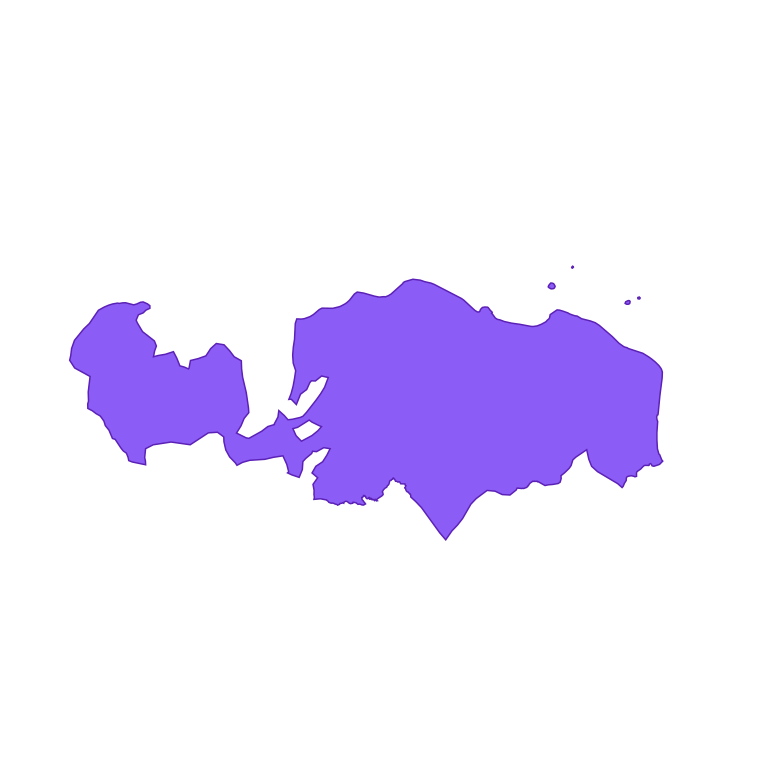 outline of Nias, Sumatera Utara, Indonesia, rotated 327°
{"feature_id": "22746128B114560941686", "entity_name": "Nias", "entity_type": "district", "adm_level": 2, "iso_a3": "IDN", "parent_name": "Indonesia", "parent_adm1": "Sumatera Utara", "projection": "mercator", "projection_center": [97.729, 1.084], "detail": "fine", "context": "isolated", "style": "filled", "palette": "violet", "viewbox_px": 768, "rotation_deg": 327, "n_neighbors": 0, "source": "geoboundaries", "source_scale": "gbopen_adm2", "svg_char_len": 6176}
<svg xmlns="http://www.w3.org/2000/svg" viewBox="0 0 768 768"><g transform="rotate(327 384 384)"><path d="M162.1,174.3L148.2,178.8L141.3,184.1L136.8,189.5L133.3,192.9L133.3,202.1L141.6,217.6L131.6,229.6L126.8,237.5L124.7,239.3L122.3,243.2L124.8,247.6L126.4,252.1L128.5,256.0L128.7,257.9L128.9,262.6L127.6,267.1L128.2,272.9L126.6,281.8L128.4,284.0L128.5,294.9L128.9,298.2L130.3,301.7L129.4,306.2L128.2,309.2L130.3,312.2L140.1,321.9L142.0,318.6L143.2,315.4L148.8,308.4L157.4,309.3L173.8,316.7L188.4,329.4L210.1,329.3L218.1,333.8L220.8,341.1L218.3,345.3L215.4,353.1L214.8,361.1L216.4,369.2L216.4,372.1L222.8,372.7L229.9,374.9L243.1,382.3L251.2,385.2L260.1,389.2L258.7,398.5L256.2,405.8L254.7,406.0L257.1,409.9L262.0,416.1L268.9,411.3L273.7,404.9L277.8,403.8L285.5,402.9L287.4,401.5L290.6,404.0L298.8,404.6L303.6,408.9L297.3,412.6L290.2,415.8L282.0,415.9L275.2,419.4L277.3,426.5L269.8,429.5L267.4,435.2L265.1,438.5L263.9,441.1L262.4,442.6L268.1,445.6L272.7,450.0L272.6,450.4L273.2,451.7L273.3,453.2L274.8,455.2L275.8,455.7L277.0,456.9L277.2,457.5L279.0,459.6L279.1,460.3L281.2,460.7L282.0,460.2L283.8,461.1L284.6,461.0L285.3,462.1L286.2,461.3L287.8,461.4L289.1,462.4L289.9,465.0L290.7,466.1L292.9,467.0L293.4,466.3L294.2,466.7L295.9,468.5L296.6,470.7L298.3,471.6L299.8,473.6L301.0,474.4L303.2,474.5L303.1,473.6L303.2,472.9L302.9,471.7L303.0,470.5L302.6,469.1L303.5,467.1L304.3,467.5L304.8,467.1L305.8,467.0L306.1,466.4L307.0,467.1L306.8,467.8L307.3,468.4L306.9,469.6L307.2,470.8L307.9,471.3L308.5,471.1L309.1,471.4L309.4,471.0L309.9,471.2L310.0,471.9L309.1,472.2L309.2,472.8L309.6,473.1L310.4,472.6L310.8,472.8L311.3,473.6L311.2,474.0L310.8,474.2L310.9,474.6L312.8,475.4L312.9,475.9L312.4,476.4L312.5,476.6L313.0,476.3L313.6,476.8L314.1,476.5L314.2,477.4L314.0,477.9L314.8,478.2L314.5,477.3L314.8,477.0L316.4,476.7L321.3,476.7L323.0,476.3L323.7,474.9L323.8,473.6L326.0,472.4L328.4,471.9L329.9,472.1L331.6,471.1L332.5,471.1L333.7,470.6L335.8,468.6L336.7,468.3L337.5,468.7L338.2,468.3L339.3,468.5L340.0,467.9L340.6,467.9L340.8,468.3L340.5,468.8L341.1,469.6L340.7,471.8L341.7,472.6L342.3,473.9L343.2,474.1L343.8,474.6L343.7,476.8L347.1,479.2L346.7,480.7L347.0,481.1L346.0,482.0L345.2,482.1L344.8,482.4L345.0,483.6L344.5,485.6L344.8,487.2L345.3,487.5L345.6,489.6L346.0,490.3L345.7,490.8L345.9,491.7L344.9,493.3L346.6,500.0L348.1,508.0L349.7,539.3L350.9,548.3L360.9,544.2L368.9,542.3L376.7,539.6L391.4,532.1L398.9,530.3L412.5,529.4L418.8,534.4L422.9,541.1L429.2,545.7L437.1,544.9L439.0,543.8L442.6,546.7L443.6,547.1L444.2,547.7L447.2,548.4L448.9,548.2L449.4,547.7L450.5,547.6L450.9,547.2L452.6,546.7L455.9,546.6L456.1,547.0L457.1,547.3L457.3,547.8L458.8,548.5L459.6,549.7L459.9,549.5L463.7,556.8L467.0,558.1L470.7,560.1L475.8,562.3L478.2,562.3L481.0,559.9L482.5,557.3L487.2,556.8L493.3,555.6L496.5,554.3L501.0,550.5L505.1,549.8L518.2,549.5L514.8,558.6L513.3,566.1L515.3,573.7L525.7,594.8L527.3,600.5L528.8,600.1L531.6,598.2L534.5,596.9L536.1,594.8L537.1,594.2L538.6,594.4L541.4,595.6L543.3,597.5L543.9,598.5L545.5,599.0L547.4,596.0L548.5,595.3L553.2,595.1L555.4,594.5L557.8,594.1L558.9,594.6L561.7,596.5L562.3,596.4L562.8,595.8L564.0,595.8L564.4,596.4L564.3,598.7L565.6,600.0L570.8,601.4L571.8,601.4L575.8,600.5L575.6,599.0L576.7,593.4L576.4,592.5L578.0,587.3L582.4,579.6L586.4,573.4L593.1,564.5L593.6,562.4L594.7,560.2L596.1,558.9L596.8,559.1L597.2,558.8L598.0,557.9L608.9,544.2L620.5,530.5L623.9,525.7L624.5,523.7L624.8,521.8L624.6,518.3L623.5,513.3L622.2,509.2L620.7,505.3L617.8,499.2L608.3,487.4L607.6,485.9L605.8,483.9L605.2,482.7L603.3,477.9L601.3,468.6L596.5,452.1L594.5,447.6L591.4,443.5L585.3,436.9L582.9,432.1L581.4,430.9L579.6,428.7L577.7,426.1L577.0,424.6L573.8,420.4L571.4,417.6L569.5,416.1L561.2,416.3L558.8,418.7L557.7,419.2L555.8,419.4L553.6,420.0L548.6,419.6L544.1,418.7L540.4,417.0L538.6,415.7L530.3,407.8L524.3,402.6L518.9,397.1L516.2,393.4L514.3,391.5L513.3,389.3L513.0,384.1L512.7,383.4L513.7,383.0L513.8,382.1L513.3,380.5L513.0,376.7L512.7,376.0L510.6,374.4L508.2,373.4L505.6,374.0L503.8,375.3L502.9,375.3L501.6,374.5L500.3,371.8L496.6,357.2L495.5,354.4L480.3,327.7L478.3,324.9L473.9,320.4L471.0,316.7L465.3,311.9L457.4,309.5L455.5,309.4L454.4,310.0L438.9,312.4L435.7,312.3L432.4,311.6L431.7,310.8L427.3,308.5L424.0,305.3L416.4,296.6L411.6,292.3L408.2,292.4L400.8,294.9L397.3,295.5L395.1,295.6L390.3,295.2L388.4,294.8L382.2,292.6L373.3,286.6L370.2,286.3L362.8,287.3L358.6,287.2L352.7,285.8L350.0,284.5L346.3,281.9L342.6,284.9L333.2,297.9L328.1,303.6L323.1,310.1L319.2,317.1L317.2,324.7L311.9,330.7L306.6,336.3L300.7,341.6L295.8,345.1L297.9,346.2L299.3,353.5L308.4,347.1L316.2,346.5L322.6,342.4L324.9,341.8L328.1,344.1L336.0,343.3L340.8,348.2L332.4,354.4L325.5,357.7L318.3,360.5L303.5,365.6L298.4,366.9L295.5,366.4L288.0,363.7L284.0,361.7L283.2,356.1L281.3,349.0L277.1,353.9L270.3,357.7L270.0,358.3L263.4,356.4L255.7,357.0L241.1,356.0L239.0,354.0L233.6,344.8L241.3,341.2L247.9,336.7L255.0,334.4L257.3,330.3L263.8,316.2L269.1,301.4L272.8,293.8L277.0,286.8L273.2,279.6L272.6,271.9L271.2,264.0L265.4,258.7L257.9,259.9L250.0,263.4L242.0,261.5L234.5,258.9L229.1,264.5L228.2,264.8L225.8,261.1L222.7,257.6L224.3,249.5L225.0,242.2L216.8,240.0L210.1,237.1L205.5,235.6L209.8,231.2L213.8,228.2L214.9,222.8L210.0,208.6L210.4,198.5L210.9,195.5L215.7,192.2L220.8,193.2L224.6,192.4L228.9,193.0L230.3,190.8L229.3,188.0L226.7,184.0L224.2,182.8L220.1,182.2L217.2,181.3L211.5,175.1L209.0,173.6L206.0,172.3L204.5,171.0L200.1,169.1L195.9,167.9L191.3,167.1L184.7,166.6L169.9,172.8L162.1,174.3ZM287.9,373.3L301.6,373.5L302.8,376.7L306.8,383.4L308.4,385.7L303.1,387.2L295.5,388.0L283.6,387.0L282.1,379.4L283.3,371.8L287.9,373.3ZM579.6,396.1L580.7,395.3L580.9,394.4L580.9,392.2L580.0,391.0L578.8,390.1L575.9,391.0L574.6,392.0L574.9,393.4L575.3,393.8L575.5,394.6L576.1,395.3L577.5,396.1L578.5,396.4L579.6,396.1ZM634.2,450.1L635.3,448.9L635.3,447.9L634.7,447.3L633.6,446.9L631.4,446.7L630.1,447.7L630.8,449.1L632.1,450.1L633.6,450.4L634.2,450.1ZM645.1,451.8L645.7,451.3L645.5,450.1L644.0,449.7L643.5,450.4L643.5,451.0L644.4,451.8L645.1,451.8ZM605.2,389.5L606.5,389.2L606.7,388.6L606.3,387.9L605.0,388.3L604.8,389.0L605.2,389.5Z" fill="#8b5cf6" stroke="#5b21b6" stroke-width="1.5"/></g></svg>